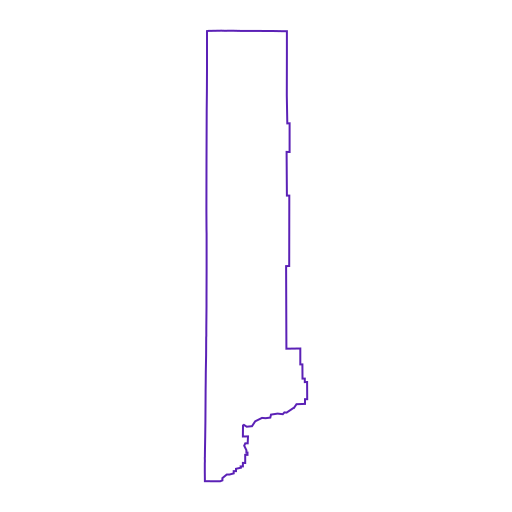 Washoe, Nevada, United States of America
{"feature_id": "52423323B90728161292494", "entity_name": "Washoe", "entity_type": "district", "adm_level": 2, "iso_a3": "USA", "parent_name": "United States of America", "parent_adm1": "Nevada", "projection": "albers", "projection_center": [-119.703, 40.582], "detail": "fine", "context": "isolated", "style": "outline", "palette": "violet", "viewbox_px": 512, "rotation_deg": 0, "n_neighbors": 0, "source": "geoboundaries", "source_scale": "gbopen_adm2", "svg_char_len": 1407}
<svg xmlns="http://www.w3.org/2000/svg" viewBox="0 0 512 512"><path d="M205.2,436.8L205.0,447.9L204.9,455.0L204.9,457.2L204.8,457.6L204.9,461.2L204.8,463.3L204.8,471.2L204.8,471.7L204.9,481.2L220.1,481.3L222.4,480.4L222.4,478.1L226.8,474.5L229.6,474.5L233.7,473.4L233.7,471.1L236.0,471.1L236.0,468.8L240.9,467.7L240.7,466.4L242.9,466.4L242.9,462.9L245.2,463.0L245.2,454.9L247.5,454.9L247.5,452.6L246.4,452.6L246.4,450.2L244.2,445.7L245.3,443.3L247.7,443.3L248.0,436.4L242.9,436.5L242.9,435.6L243.0,425.5L243.9,424.9L246.7,426.7L252.0,426.2L255.2,421.3L262.0,417.9L265.5,418.2L270.3,417.6L271.0,414.6L277.6,413.6L282.8,414.2L284.4,412.4L286.6,412.6L293.9,407.7L293.5,408.6L296.5,404.2L305.0,403.9L305.0,399.2L307.2,399.2L307.1,382.0L304.8,382.1L304.8,378.6L302.5,378.6L302.4,364.4L300.3,364.4L300.3,348.5L286.4,348.7L286.1,266.1L289.2,266.0L289.3,195.6L286.9,195.6L286.6,151.9L289.6,152.0L289.6,123.3L287.3,123.4L286.8,95.4L286.9,53.0L286.9,31.2L282.6,31.2L272.6,31.0L239.4,30.9L231.8,30.7L224.8,30.8L222.0,30.7L220.4,30.7L208.5,30.9L207.0,31.1L207.0,50.2L207.0,70.1L206.9,90.0L206.9,90.9L206.7,109.8L206.5,160.1L206.4,209.6L206.4,210.5L206.5,229.2L206.6,233.8L206.6,268.9L206.5,297.3L206.5,306.6L206.3,328.4L206.3,333.9L206.3,336.2L206.2,337.1L206.1,355.4L205.8,372.1L205.7,383.4L205.7,383.5L205.6,390.8L205.6,392.6L205.4,421.8L205.2,436.8L205.2,436.8Z" fill="none" stroke="#5b21b6" stroke-width="2"/></svg>